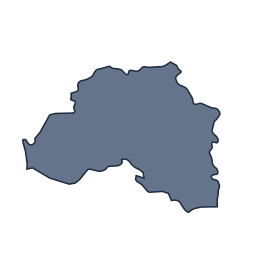 the border of Eure, rotated 190°
{"feature_id": "FRA-5290", "entity_name": "Eure", "entity_type": "Metropolitan department", "adm_level": 1, "iso_a3": "FRA", "parent_name": "France", "parent_adm1": "", "projection": "equal_earth", "projection_center": [0.916, 49.079], "detail": "fine", "context": "isolated", "style": "filled", "palette": "slate", "viewbox_px": 256, "rotation_deg": 190, "n_neighbors": 0, "source": "natural_earth", "source_scale": "10m", "svg_char_len": 2893}
<svg xmlns="http://www.w3.org/2000/svg" viewBox="0 0 256 256"><g transform="rotate(190 128 128)"><path d="M26.4,65.9L42.4,62.8L48.6,60.2L51.3,58.2L53.5,55.6L54.7,55.6L55.6,55.9L57.2,56.9L59.9,59.2L64.4,64.2L67.0,65.2L70.2,65.0L72.7,64.1L76.8,70.6L83.0,71.5L96.0,68.4L97.9,69.1L104.5,74.6L109.9,76.9L111.6,78.6L111.7,82.6L103.5,81.4L105.4,86.7L109.5,89.0L114.3,90.4L118.3,92.8L120.7,95.2L123.1,96.6L125.7,96.9L128.7,96.0L127.7,93.1L128.9,90.8L131.2,89.1L140.0,87.0L141.3,86.1L143.2,83.1L146.0,81.2L149.1,80.3L159.0,80.9L160.7,79.7L166.7,68.8L170.4,64.6L176.1,62.5L196.1,65.0L215.0,72.1L220.5,70.0L221.0,75.0L225.0,87.4L228.7,95.0L229.6,97.8L229.5,98.1L229.2,98.3L228.5,98.7L227.5,98.8L226.5,98.5L226.0,98.2L225.8,97.9L224.2,96.0L223.0,95.0L221.7,94.5L220.2,94.6L218.9,95.3L217.1,97.6L217.0,98.1L217.2,99.2L218.0,101.4L213.9,108.4L207.4,127.3L202.1,129.7L184.7,133.2L183.5,134.2L183.3,135.4L184.6,137.9L185.0,139.1L185.0,140.1L184.9,140.7L184.5,142.1L184.3,143.0L184.4,144.1L185.1,145.0L186.2,145.4L187.5,145.5L188.7,145.8L189.5,146.4L189.4,147.7L189.3,149.0L189.5,150.1L190.1,152.3L184.6,155.2L184.0,156.2L183.6,157.5L184.9,161.2L184.9,162.6L184.5,164.3L183.5,165.5L182.3,166.4L179.1,167.7L176.8,168.9L173.7,171.3L172.3,173.0L171.4,174.7L170.9,176.5L169.8,178.9L168.5,180.2L167.0,181.0L163.8,182.3L158.1,185.2L157.4,185.4L156.8,185.5L156.6,185.5L155.3,184.7L154.1,184.3L152.7,184.1L147.9,184.5L146.4,184.4L145.0,184.2L143.8,183.6L140.0,180.8L138.3,180.4L137.6,180.5L137.1,181.2L137.1,183.5L136.8,184.4L136.0,185.1L135.1,185.3L134.7,185.4L134.4,185.4L131.6,185.2L129.9,185.3L128.0,185.9L126.8,186.8L125.9,188.0L125.2,189.2L124.0,190.6L122.6,191.2L121.1,191.4L119.7,191.2L118.3,191.3L105.2,194.4L103.4,195.2L101.9,196.3L97.5,200.4L93.9,199.0L92.5,198.7L91.0,198.0L89.1,195.4L88.1,194.4L86.6,193.8L85.6,193.1L85.6,191.9L86.5,190.8L87.6,189.8L88.6,188.6L89.2,187.6L89.6,186.6L89.8,185.5L89.8,185.4L89.7,185.2L89.2,184.0L88.0,182.0L87.3,181.0L86.3,180.2L84.8,179.4L79.7,178.2L77.8,177.4L76.1,176.1L69.8,168.6L69.2,167.3L68.8,166.0L68.6,164.9L67.8,163.8L66.8,163.0L64.7,163.2L62.3,164.5L61.1,164.9L59.7,164.9L49.2,162.4L46.0,162.6L44.6,162.5L43.4,162.1L41.4,160.5L40.7,159.7L40.1,158.2L39.9,156.9L42.3,151.9L42.9,151.1L43.8,149.9L44.2,148.8L44.4,147.7L44.4,145.2L44.6,142.9L44.8,141.5L44.9,141.1L44.7,140.1L44.2,138.9L43.0,137.3L39.3,134.9L38.3,133.9L37.6,132.8L37.1,131.5L37.0,130.2L37.6,129.0L38.6,128.7L41.0,129.0L42.0,128.9L42.6,128.4L42.8,127.6L42.6,126.4L42.0,124.7L41.7,123.1L42.3,121.4L43.1,120.1L43.7,118.9L43.5,117.7L41.3,114.4L40.0,112.0L38.6,107.6L36.8,105.4L35.3,104.3L33.9,103.6L33.0,102.6L32.3,101.4L31.8,100.2L31.9,98.7L32.1,98.2L32.5,97.9L34.4,97.3L35.7,96.7L36.9,95.9L37.5,94.8L37.3,93.7L36.0,92.6L34.6,92.2L31.8,92.0L30.5,91.4L29.6,90.3L27.8,87.0L27.8,85.3L28.2,82.5L28.1,80.8L27.7,78.2L27.7,73.2L26.5,66.4L26.4,65.9Z" fill="#64748b" stroke="#1e293b" stroke-width="1.5"/></g></svg>